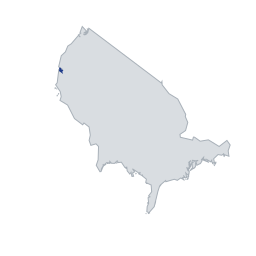 location of Alameda, California, United States of America, rotated 37°
{"feature_id": "52423323B34460466024259", "entity_name": "Alameda", "entity_type": "district", "adm_level": 2, "iso_a3": "USA", "parent_name": "United States of America", "parent_adm1": "California", "projection": "equal_earth", "projection_center": [-122.096, 37.68], "detail": "fine", "context": "in_parent", "style": "filled", "palette": "blue", "viewbox_px": 256, "rotation_deg": 37, "n_neighbors": 0, "source": "geoboundaries", "source_scale": "gbopen_adm2", "svg_char_len": 4109}
<svg xmlns="http://www.w3.org/2000/svg" viewBox="0 0 256 256"><g transform="rotate(37 128 128)"><path d="M199.3,89.1L211.9,87.9L214.5,78.4L219.8,80.1L221.7,85.9L225.6,89.8L221.1,91.3L221.1,92.4L219.9,91.0L219.3,93.3L215.9,95.0L214.9,101.0L217.7,103.5L219.1,103.2L218.4,102.1L219.0,102.6L219.4,103.9L215.4,104.8L214.3,103.4L214.3,105.3L209.6,105.7L206.5,108.1L206.5,106.7L206.0,105.8L205.7,109.1L206.9,109.7L207.2,112.5L205.5,116.2L202.4,113.9L203.5,111.6L202.0,113.2L203.3,115.7L204.7,117.2L205.2,118.8L203.2,124.8L203.4,121.0L200.3,117.5L201.2,113.8L199.0,114.9L200.9,120.4L198.2,118.7L197.4,118.9L197.9,117.2L197.7,116.7L197.2,118.0L197.4,119.2L201.4,121.3L200.8,122.3L198.8,120.4L198.1,120.0L200.6,122.4L201.5,122.8L201.3,124.2L200.0,123.1L202.1,125.3L201.7,125.5L200.7,124.5L198.4,124.0L201.5,126.0L203.2,125.9L205.9,131.1L203.7,127.1L204.6,129.7L201.2,129.1L204.1,131.7L205.1,131.0L204.0,133.3L200.8,132.5L202.9,133.7L201.4,134.9L203.5,135.7L200.1,136.3L198.9,140.1L195.8,141.1L190.6,148.1L189.7,147.3L188.2,153.7L188.2,155.3L189.9,160.3L196.3,175.1L195.7,183.0L193.4,183.5L190.6,179.2L189.8,175.7L186.0,171.6L186.9,169.8L185.3,169.9L185.3,164.7L180.8,159.6L174.9,160.8L173.5,157.8L167.6,157.6L168.2,156.4L167.3,157.6L164.7,158.1L164.4,155.8L164.1,157.4L156.1,157.9L159.7,159.0L158.7,161.1L161.5,163.2L160.3,164.3L157.1,161.5L157.2,163.7L153.1,162.7L150.6,160.0L149.3,161.4L143.3,159.3L140.2,162.3L141.0,161.5L139.1,160.7L138.5,164.4L135.1,166.7L135.9,166.0L133.5,165.6L134.4,166.9L131.8,168.4L131.1,172.5L129.8,171.8L130.9,172.9L131.4,176.7L132.7,179.0L131.9,179.8L125.1,176.9L123.3,171.4L115.6,160.5L112.0,159.9L108.8,164.2L104.4,161.3L102.2,156.4L96.3,150.6L89.8,150.5L89.9,152.7L79.6,152.7L65.9,146.0L57.1,146.9L55.8,143.2L52.0,139.7L44.2,137.0L44.2,134.4L37.6,123.0L37.8,121.8L39.1,123.3L38.2,120.8L41.0,120.6L35.8,120.9L31.2,110.4L32.2,104.9L30.6,98.8L32.0,94.9L32.7,83.8L35.2,84.1L32.4,83.5L33.2,80.6L32.2,80.6L30.4,74.5L36.7,75.6L35.5,78.8L37.6,76.5L37.4,79.2L35.9,79.8L37.0,79.9L38.1,78.8L38.5,76.1L36.7,71.9L127.4,72.0L127.1,70.4L129.3,73.0L140.1,75.9L150.3,74.9L165.9,82.4L166.9,84.4L172.4,87.6L175.5,95.4L173.3,101.8L175.4,103.9L186.9,98.8L185.7,95.9L186.7,95.3L193.6,95.1L199.3,89.1ZM211.4,107.0L213.4,106.7L206.4,108.6L212.0,106.3L211.4,107.0ZM37.2,74.5L38.1,76.2L38.1,76.5L36.9,75.2L37.2,74.5ZM132.5,178.3L131.4,175.0L131.3,173.1L131.6,175.1L132.5,178.3ZM221.7,91.5L221.9,92.4L221.5,92.2L221.7,91.5ZM150.7,161.0L151.0,161.8L150.3,161.2L150.7,161.0ZM47.3,139.9L48.1,139.5L47.3,139.9ZM46.3,139.6L46.0,140.2L45.7,139.7L46.3,139.6ZM217.4,104.9L217.0,105.5L216.8,105.3L217.4,104.9ZM131.7,171.4L131.3,172.9L132.3,170.0L131.7,171.4ZM194.4,170.2L195.6,173.1L194.2,169.9L194.4,170.2ZM51.9,142.3L52.3,143.1L51.8,142.4L51.9,142.3ZM196.1,183.4L195.5,184.4L196.5,182.4L196.1,183.4ZM206.5,132.8L205.9,133.9L206.1,131.3L206.5,132.8ZM36.4,73.1L36.4,73.6L36.0,73.4L36.4,73.1ZM134.5,167.5L133.3,168.1L134.5,167.2L134.5,167.5ZM219.4,105.2L219.6,105.8L218.9,105.7L219.4,105.2ZM51.9,144.4L52.2,145.4L51.8,144.5L51.9,144.4ZM133.0,168.7L132.5,169.1L132.9,168.5L133.0,168.7ZM205.1,120.0L204.5,121.4L205.1,119.4L205.1,120.0ZM139.9,162.9L139.1,163.5L140.2,162.5L139.9,162.9ZM188.5,154.5L188.5,155.7L188.3,154.8L188.5,154.5ZM203.9,135.9L203.6,136.2L204.3,135.3L203.9,135.9ZM177.1,160.6L176.1,161.2L175.7,161.0L177.1,160.6ZM164.3,157.9L164.1,158.1L163.6,158.1L164.3,157.9ZM188.7,175.8L188.9,176.7L188.5,175.6L188.7,175.8ZM161.9,159.6L161.8,160.3L161.6,159.0L161.9,159.6ZM194.1,185.5L193.5,185.6L194.3,185.4L194.1,185.5ZM207.1,113.0L206.8,113.7L207.1,112.7L207.1,113.0ZM205.3,134.2L205.0,134.4L204.9,134.4L205.3,134.2Z" fill="#d9dde1" stroke="#a8b0b8" stroke-width="1"/><path d="M38.2,121.3L38.3,121.5L38.2,121.6L38.2,121.8L38.3,121.9L38.5,122.0L38.4,122.0L38.5,122.1L38.6,122.3L38.8,122.4L38.8,122.5L38.8,122.8L38.9,123.0L39.0,123.2L39.1,123.3L39.4,123.3L39.5,123.3L39.8,123.2L40.5,123.2L41.2,123.2L40.9,123.0L40.9,122.0L40.9,121.7L39.8,122.0L39.5,122.1L39.3,122.0L39.4,121.9L39.2,121.8L39.0,121.7L38.9,121.7L38.7,121.7L38.6,121.4L38.4,121.3L38.2,121.3Z" fill="#3b82f6" stroke="#1e3a8a" stroke-width="1.5"/></g></svg>